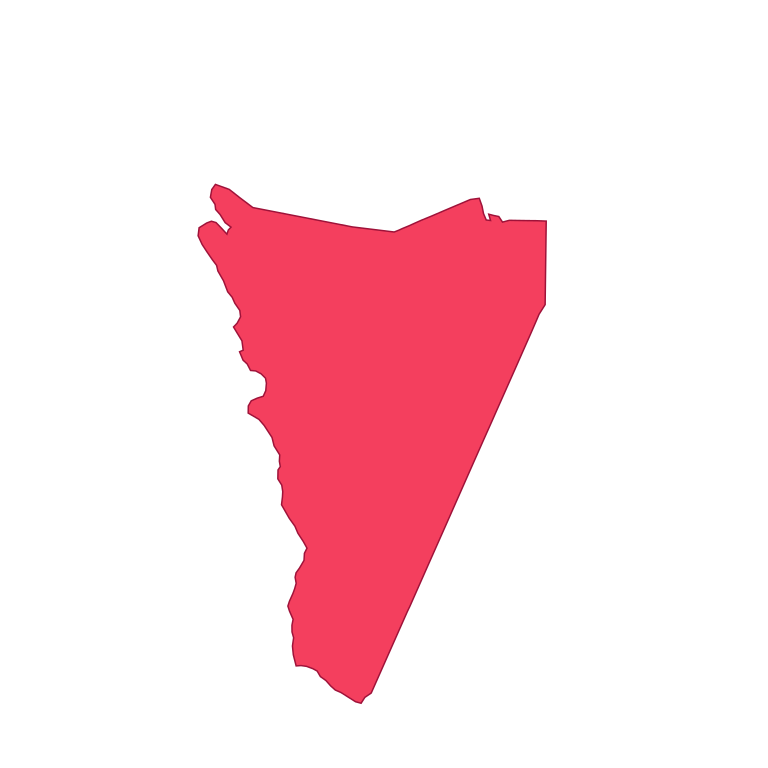 Palmeirândia, Maranhão, Brazil (Equal Earth projection), rotated 328°
{"feature_id": "56859067B11830676899698", "entity_name": "Palmeirândia", "entity_type": "district", "adm_level": 2, "iso_a3": "BRA", "parent_name": "Brazil", "parent_adm1": "Maranhão", "projection": "equal_earth", "projection_center": [-45.055, -2.689], "detail": "fine", "context": "isolated", "style": "filled", "palette": "rose", "viewbox_px": 768, "rotation_deg": 328, "n_neighbors": 0, "source": "geoboundaries", "source_scale": "gbopen_adm2", "svg_char_len": 1827}
<svg xmlns="http://www.w3.org/2000/svg" viewBox="0 0 768 768"><g transform="rotate(328 384 384)"><path d="M607.9,331.8L600.1,326.5L591.5,321.0L583.0,315.5L577.0,311.6L570.3,309.5L570.1,302.8L566.4,299.3L562.8,295.5L561.0,301.8L557.6,299.1L558.7,292.2L561.4,285.1L563.2,277.0L555.0,273.3L526.5,268.8L512.8,266.7L503.0,265.0L495.2,263.9L488.5,263.0L482.0,261.9L478.1,261.4L473.2,260.5L440.4,234.0L366.3,164.9L360.4,149.5L355.9,137.0L346.8,125.4L341.0,127.8L335.7,133.7L335.9,142.1L333.7,146.8L334.8,153.4L334.8,163.0L337.4,169.9L333.6,170.9L330.2,173.7L328.8,166.1L327.1,158.1L323.9,154.5L319.0,153.5L310.0,153.5L304.9,159.8L303.7,169.3L303.9,178.6L304.3,187.5L304.9,194.7L303.0,200.2L302.6,211.4L301.5,216.9L300.3,223.0L301.2,230.0L300.3,236.5L300.7,245.2L298.0,251.0L291.7,254.6L286.6,255.9L286.5,262.5L286.4,272.1L282.5,280.7L278.6,280.1L277.1,289.1L278.6,294.6L278.0,301.8L282.1,304.9L285.2,310.3L286.6,316.3L284.7,321.0L280.2,327.0L275.1,330.4L269.0,328.8L262.5,327.9L257.3,330.7L253.4,336.7L259.2,347.7L260.4,355.6L260.7,370.0L258.0,378.2L258.0,388.9L254.3,394.1L252.3,399.1L248.6,400.7L243.7,408.2L243.7,415.6L241.1,421.6L238.0,426.0L233.1,432.1L232.5,447.7L233.1,457.4L231.9,465.0L232.1,474.7L231.7,482.4L226.8,485.4L222.7,491.2L214.8,495.3L209.4,497.5L206.2,500.8L203.9,506.5L199.6,510.4L195.6,513.5L188.7,518.1L184.8,521.4L183.5,526.5L182.2,535.4L178.1,539.8L174.6,545.5L172.9,551.3L167.5,557.7L163.6,565.6L160.1,576.5L164.4,578.8L168.7,582.4L172.8,587.7L175.2,592.0L175.0,598.4L177.6,604.7L178.8,611.8L180.5,617.7L184.0,622.8L191.5,638.4L195.4,642.6L201.7,639.6L209.4,639.3L283.3,589.3L288.2,586.2L323.9,562.0L360.0,537.6L417.5,498.6L438.2,484.6L455.9,472.7L465.3,466.3L502.9,440.9L521.3,428.4L536.2,418.3L546.5,411.2L552.5,407.0L562.7,402.1L607.9,331.8Z" fill="#f43f5e" stroke="#9f1239" stroke-width="1.5"/></g></svg>